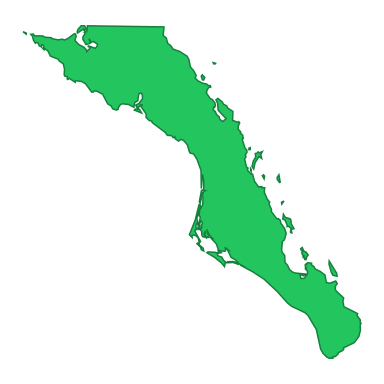 SVG path tracing the border of Baja California Sur
{"feature_id": "MEX-2707", "entity_name": "Baja California Sur", "entity_type": "State", "adm_level": 1, "iso_a3": "MEX", "parent_name": "Mexico", "parent_adm1": "", "projection": "albers", "projection_center": [-111.883, 25.437], "detail": "fine", "context": "isolated", "style": "filled", "palette": "green", "viewbox_px": 384, "rotation_deg": 0, "n_neighbors": 0, "source": "natural_earth", "source_scale": "10m", "svg_char_len": 5935}
<svg xmlns="http://www.w3.org/2000/svg" viewBox="0 0 384 384"><path d="M87.4,25.8L164.0,26.9L163.2,35.5L166.3,38.0L167.7,43.4L170.6,45.5L173.2,49.2L179.6,51.4L187.1,56.2L188.9,59.6L190.4,66.9L193.5,70.5L196.2,75.4L195.2,78.0L197.9,80.8L202.3,83.1L206.8,84.1L207.8,85.4L210.3,85.6L210.7,87.1L209.2,87.3L207.3,89.3L206.4,93.0L210.2,98.6L212.3,99.5L214.9,102.8L215.4,105.7L214.5,107.4L213.8,107.0L213.2,110.1L215.3,111.5L216.5,114.6L219.1,116.7L219.9,119.4L222.7,121.5L226.1,118.7L218.1,110.1L217.6,103.3L216.0,99.8L217.9,98.4L222.1,101.8L223.5,104.2L226.7,105.9L227.8,108.1L232.9,111.4L232.6,120.3L237.4,122.2L238.7,121.6L239.7,122.9L238.2,126.2L238.2,129.2L240.8,132.0L240.3,133.0L242.6,135.0L243.3,138.4L242.6,138.4L242.4,140.1L245.1,148.2L246.8,150.0L247.0,152.3L245.5,154.5L245.9,157.2L244.6,158.7L246.4,166.9L248.6,168.5L247.3,168.0L247.8,170.7L251.4,174.3L252.6,174.2L254.5,181.3L258.5,186.8L261.7,186.6L261.6,187.6L264.7,187.7L264.3,192.1L267.1,198.9L269.7,202.2L269.0,204.1L271.4,209.2L271.5,211.8L276.9,218.9L278.3,218.6L280.2,220.2L280.9,223.3L284.6,228.5L286.2,233.4L284.5,239.7L282.4,241.6L281.6,249.8L282.2,252.3L284.7,255.5L285.0,262.4L287.6,265.3L289.4,269.3L292.2,271.9L295.2,273.0L306.2,274.1L303.6,275.8L299.9,274.3L300.9,278.5L304.2,278.3L307.4,274.1L307.6,271.4L306.2,269.6L306.3,268.3L305.5,268.9L305.3,265.1L306.4,264.7L305.7,264.2L307.8,262.7L311.6,263.2L311.4,264.7L314.0,266.6L315.2,269.0L320.2,271.4L325.0,275.0L326.3,282.3L329.6,283.3L335.7,281.0L337.2,283.7L335.5,286.0L335.3,289.1L336.1,290.9L343.7,298.0L342.9,301.3L343.9,306.7L357.6,313.6L357.0,315.5L360.2,319.8L360.2,322.9L361.0,323.2L360.2,325.2L360.4,330.2L358.9,336.4L354.3,342.6L343.6,347.8L343.7,349.3L342.5,350.6L338.3,352.7L338.1,354.0L335.5,356.4L332.5,357.1L332.9,358.1L329.3,358.3L326.6,356.9L323.0,353.3L320.6,349.0L316.3,329.4L307.8,315.2L305.0,312.7L291.6,306.3L287.4,302.9L277.4,291.7L264.0,279.1L252.9,271.9L240.1,265.0L245.1,267.2L239.1,263.8L235.4,259.8L231.1,257.4L227.7,250.3L228.8,250.5L226.2,248.1L225.2,248.0L225.8,250.0L225.0,251.3L218.9,250.6L221.3,252.7L218.3,253.3L218.2,249.1L216.2,243.7L210.7,237.8L212.5,238.3L209.2,234.6L206.8,229.4L208.0,234.4L209.3,235.6L208.0,236.5L209.3,237.8L207.6,236.9L206.6,238.1L205.8,237.1L204.8,233.8L205.6,232.9L205.2,231.6L204.1,233.1L204.8,237.2L202.7,236.7L201.8,235.0L201.6,231.2L200.0,229.4L202.0,227.6L201.2,225.1L202.5,223.8L201.6,221.3L200.8,221.1L199.3,224.7L200.1,227.1L198.8,229.4L197.9,228.2L198.3,225.7L197.6,224.2L199.0,223.2L200.1,218.8L200.2,216.5L199.0,215.7L199.7,210.1L202.8,204.5L203.0,197.1L202.3,195.9L203.2,192.6L202.5,192.5L205.5,190.6L202.4,190.1L203.7,189.2L203.7,180.7L202.6,174.5L201.3,188.6L201.0,170.4L197.0,159.3L193.5,153.8L190.3,153.2L189.4,151.9L187.4,144.9L184.0,140.8L181.1,139.3L178.5,141.1L175.1,138.7L174.9,136.8L173.1,137.7L171.6,135.6L167.4,135.4L165.1,132.3L152.2,122.6L151.7,121.0L149.3,120.6L146.0,117.3L146.2,114.0L141.3,107.0L141.5,105.5L142.7,104.7L140.1,105.0L139.7,106.5L138.3,106.8L138.4,107.9L137.1,107.8L135.8,105.1L139.2,103.3L142.5,98.7L142.4,95.3L141.3,93.2L139.4,93.4L138.6,94.8L137.8,100.8L134.7,102.6L133.9,107.3L128.6,104.5L122.4,103.8L120.5,104.5L118.2,107.8L118.2,109.3L116.3,110.1L112.7,108.8L111.1,105.9L107.7,103.9L102.6,94.2L97.2,91.3L94.3,90.9L93.5,92.0L91.7,92.1L85.5,83.7L81.7,81.5L76.4,80.8L75.4,80.9L75.2,82.3L69.4,78.4L67.9,79.5L67.1,78.8L67.5,76.7L64.8,76.1L64.2,74.8L64.5,69.2L63.3,63.9L59.1,60.9L58.2,59.2L50.4,56.1L47.8,50.8L45.0,48.9L44.2,49.9L42.4,48.0L44.0,48.3L43.3,45.1L41.9,44.7L41.1,46.7L39.2,45.9L38.2,43.2L36.1,42.5L35.3,43.2L33.5,40.3L32.5,36.3L30.8,34.3L33.2,34.0L34.8,35.8L43.1,36.0L44.7,37.2L51.4,37.7L52.2,38.7L58.2,39.9L62.4,39.1L64.2,40.1L68.0,38.4L74.3,33.7L75.5,33.9L76.2,36.4L74.9,39.9L75.3,40.9L79.0,44.7L84.0,47.2L86.7,50.4L86.7,51.6L90.0,48.3L90.2,47.4L88.2,46.6L88.4,45.9L95.4,48.3L97.4,45.6L97.4,44.2L93.8,41.7L91.3,42.1L89.0,38.6L90.4,43.2L86.0,44.6L82.9,39.4L82.9,37.0L85.4,33.0L84.3,32.4L85.2,31.5L83.9,30.3L84.2,29.3L83.4,29.0L77.6,33.0L77.1,32.1L78.0,29.3L81.2,25.7L84.6,25.8L86.9,30.5L87.4,25.8ZM199.3,245.0L203.1,248.1L203.8,251.0L201.3,249.8L200.6,247.2L196.9,243.7L199.2,242.0L198.1,237.9L196.2,235.9L193.3,234.9L192.0,235.7L192.1,237.5L189.4,234.7L195.2,220.1L199.0,204.7L200.0,204.0L200.3,207.0L196.8,218.3L197.8,222.9L196.3,223.7L195.8,226.7L196.9,229.5L195.3,229.9L194.8,231.1L200.5,241.4L199.1,243.3L199.3,245.0ZM221.8,257.1L223.6,260.4L225.4,261.8L224.5,266.6L221.5,263.0L214.9,257.6L206.9,252.7L207.9,251.9L215.3,252.3L216.9,252.8L218.0,255.8L221.8,257.1ZM282.8,219.1L283.4,214.2L285.4,217.5L289.9,218.7L290.9,219.9L291.2,223.8L294.0,228.6L290.8,229.7L291.1,228.2L288.3,226.3L287.0,226.5L287.4,225.6L285.0,220.2L282.8,219.1ZM260.8,154.5L261.7,158.5L259.0,156.5L255.1,162.7L253.7,169.1L252.0,166.5L253.3,161.0L255.7,157.1L255.3,153.5L257.8,152.9L258.1,151.9L259.5,152.8L262.3,151.6L260.8,154.5ZM329.2,261.0L336.7,273.3L337.1,276.2L332.9,275.3L331.3,272.3L329.0,264.1L329.2,261.0ZM306.0,252.1L308.2,255.1L306.8,256.6L306.0,259.6L304.7,259.5L304.6,257.7L303.4,257.7L303.0,256.6L304.0,255.9L302.5,254.9L301.8,252.4L303.0,251.2L301.2,250.3L300.6,248.7L302.3,247.5L303.7,251.0L306.0,252.1ZM279.5,182.5L277.1,179.2L277.2,177.3L278.9,174.8L280.2,182.2L279.5,182.5ZM135.4,109.1L139.5,109.4L141.6,113.0L134.3,110.1L135.4,109.1ZM202.4,79.8L201.2,76.3L202.3,74.8L204.8,77.6L203.6,80.1L202.4,79.8ZM233.1,261.5L236.2,262.4L239.0,264.6L233.2,262.5L226.6,262.8L227.5,261.7L233.1,261.5ZM199.3,202.0L201.6,189.8L201.2,199.1L200.2,203.0L199.3,202.0ZM262.3,175.7L263.5,174.8L264.6,176.1L264.1,178.9L262.3,175.7ZM281.5,202.3L284.0,201.0L281.8,204.1L281.5,202.3ZM213.7,63.9L213.1,62.6L215.7,63.3L215.5,63.8L213.7,63.9ZM23.0,31.7L26.3,33.1L26.2,34.2L23.0,31.7ZM248.9,148.2L250.2,147.6L250.2,149.6L248.9,149.7L248.9,148.2ZM290.4,231.8L291.4,231.0L291.9,232.9L290.7,232.5L290.4,231.8ZM250.6,168.5L251.2,169.4L251.3,171.5L250.6,170.5L250.6,168.5Z" fill="#22c55e" stroke="#15803d" stroke-width="1.5"/></svg>